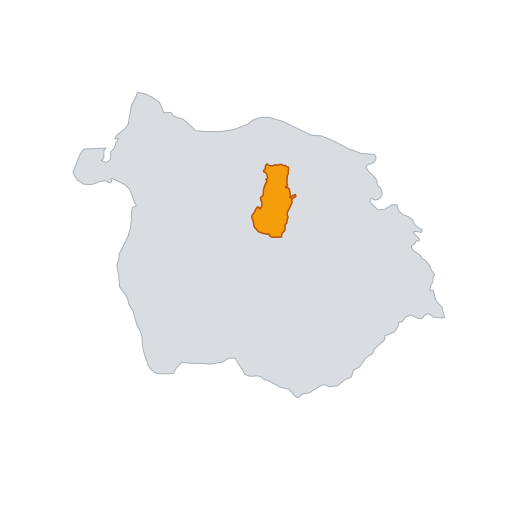 location of Arges within Romania, rotated 194°
{"feature_id": "ROU-302", "entity_name": "Arges", "entity_type": "County", "adm_level": 1, "iso_a3": "ROU", "parent_name": "Romania", "parent_adm1": "", "projection": "orthographic", "projection_center": [24.918, 44.995], "detail": "fine", "context": "in_parent", "style": "filled", "palette": "amber", "viewbox_px": 512, "rotation_deg": 194, "n_neighbors": 0, "source": "natural_earth", "source_scale": "10m", "svg_char_len": 5893}
<svg xmlns="http://www.w3.org/2000/svg" viewBox="0 0 512 512"><g transform="rotate(194 256 256)"><path d="M390.5,284.5L395.2,290.5L401.0,293.6L414.1,296.5L415.3,296.0L415.4,295.3L414.4,294.5L414.2,293.3L414.8,291.9L416.6,291.7L419.6,292.8L425.1,290.7L433.1,285.4L440.6,284.0L447.6,286.5L451.4,289.7L453.8,292.8L453.3,296.8L453.0,299.3L451.8,309.7L450.8,313.6L449.0,318.1L427.7,324.4L429.0,321.8L428.2,317.5L427.2,314.3L429.0,311.3L424.1,310.4L422.1,312.2L420.6,315.1L422.4,321.5L420.2,325.2L419.4,327.3L419.5,332.0L418.2,334.1L418.0,336.4L421.4,335.6L420.1,339.8L413.9,348.0L411.9,352.8L413.3,371.5L410.9,382.8L410.8,386.1L403.8,386.5L401.7,386.3L395.0,384.9L387.5,382.2L382.9,376.7L380.0,372.6L373.7,374.7L372.5,374.3L370.7,372.3L366.0,371.2L360.1,371.3L346.8,364.2L345.3,362.9L335.1,364.5L319.8,368.5L308.1,373.3L296.0,381.7L291.1,388.0L285.4,391.3L277.3,393.8L262.6,393.0L247.4,389.9L231.1,386.5L222.3,388.3L210.3,386.7L192.4,382.5L179.1,381.0L165.8,383.1L163.6,381.2L163.2,379.1L163.8,376.2L165.7,373.9L168.9,372.2L170.7,370.4L170.9,368.6L167.4,365.6L160.2,361.3L157.2,358.7L156.5,358.0L156.4,355.7L154.9,353.9L152.1,352.5L150.0,350.1L148.5,346.6L149.0,343.4L151.3,340.4L154.1,339.1L157.6,339.7L159.0,338.8L158.5,336.7L155.2,333.9L149.2,330.4L142.9,332.0L136.3,338.7L131.6,339.7L129.0,334.9L124.1,331.9L116.9,330.8L112.5,328.8L111.0,326.1L107.9,323.9L101.1,321.4L101.1,319.3L102.3,318.8L104.7,318.7L108.0,318.4L108.6,317.3L108.7,316.2L106.2,314.7L103.6,313.6L102.2,312.6L101.4,311.6L101.3,310.5L102.1,309.8L103.1,309.8L104.2,309.2L104.9,306.7L106.4,304.6L107.4,303.9L107.4,302.4L106.5,300.9L105.1,299.6L103.0,298.8L96.6,296.3L93.4,293.2L91.4,293.0L88.3,291.1L85.0,288.3L82.2,284.5L79.1,281.9L78.3,280.9L78.3,279.9L78.9,278.9L79.0,277.8L78.3,274.1L79.1,270.2L79.1,266.6L79.2,265.0L78.6,264.5L78.0,265.0L77.1,265.6L76.4,265.7L74.2,263.0L71.5,257.4L69.5,255.5L65.7,252.8L62.6,250.6L60.5,245.9L58.2,242.3L59.9,241.0L69.4,239.5L73.7,241.7L75.7,241.1L77.7,239.5L78.8,238.3L79.1,236.9L80.1,235.3L83.3,234.6L91.6,236.1L95.1,233.8L96.4,232.6L97.3,229.7L98.3,227.4L101.4,226.3L101.4,224.2L101.1,221.9L103.1,216.8L104.2,214.7L105.9,214.0L108.1,212.5L111.7,209.3L111.0,206.3L111.8,204.2L115.7,199.0L118.8,194.0L118.8,191.5L119.3,189.3L121.9,186.9L124.6,183.8L128.4,174.0L129.7,172.4L132.0,170.5L133.7,168.7L134.1,162.2L135.8,160.4L138.8,158.3L141.9,155.0L144.4,151.1L146.3,149.3L148.8,148.8L151.5,147.4L154.5,146.9L157.4,147.7L159.2,147.4L162.0,145.5L169.2,138.3L170.3,136.8L171.8,135.8L177.5,133.5L179.0,130.9L181.0,128.7L183.5,128.9L191.7,134.7L200.5,134.5L202.1,134.8L202.6,134.9L203.7,135.4L215.4,138.3L217.2,138.0L217.7,137.8L222.4,140.2L226.6,139.9L230.6,138.3L234.8,137.8L238.6,138.8L241.4,142.1L248.9,149.0L251.2,151.6L254.6,151.2L258.4,149.9L262.3,145.3L274.1,140.0L283.1,138.6L291.9,136.4L302.1,134.8L304.9,130.4L306.5,127.5L307.6,122.0L313.0,120.4L318.2,119.2L320.0,118.5L323.8,118.2L326.7,118.5L331.3,121.1L334.6,124.4L335.9,127.0L338.7,130.7L341.8,135.9L345.1,142.8L345.9,146.4L347.2,150.2L349.8,154.8L354.5,159.8L355.1,160.8L357.3,164.4L361.6,172.3L365.0,175.5L368.1,178.9L369.6,182.4L371.8,185.5L376.9,189.6L381.0,193.3L384.6,204.4L387.1,209.4L388.7,213.3L388.3,221.2L389.4,224.6L387.8,230.9L385.0,243.5L384.6,253.5L385.4,258.8L385.6,262.2L386.5,264.4L387.5,268.9L387.8,272.8L386.7,274.0L385.0,275.0L384.4,275.9L386.0,277.6L388.3,280.8L390.5,284.5Z" fill="#d9dde1" stroke="#a8b0b8" stroke-width="1"/><path d="M268.6,291.0L269.3,292.2L269.5,292.7L269.7,293.3L269.7,294.0L269.5,295.0L269.2,295.7L268.6,296.8L268.3,297.4L268.0,298.2L267.8,299.2L267.8,300.6L267.4,301.8L267.1,302.8L266.7,303.4L266.3,303.8L266.0,304.1L265.6,304.2L265.2,304.1L264.9,303.8L264.4,303.0L264.1,302.7L263.9,302.7L263.6,302.8L263.4,303.1L263.0,304.2L262.8,304.6L262.6,305.4L262.5,306.5L263.0,308.9L263.6,309.9L264.9,311.4L265.4,312.6L265.6,313.3L265.6,313.9L265.4,314.4L264.2,315.8L264.0,316.4L263.9,317.3L264.0,318.5L264.7,321.8L264.8,322.7L264.5,327.6L264.4,328.3L264.2,328.8L263.5,330.0L263.4,330.6L263.5,331.3L264.1,332.0L264.6,332.4L265.0,332.9L264.8,333.1L263.9,333.7L263.7,334.2L263.8,335.0L264.9,337.1L265.3,337.7L266.5,338.9L266.9,339.1L267.3,339.3L268.3,339.4L268.7,339.6L269.0,339.9L269.2,340.3L269.2,340.8L268.4,342.3L268.2,342.9L268.2,343.7L268.4,344.2L268.5,344.8L268.6,345.2L268.5,346.3L267.6,348.0L266.2,347.3L265.5,347.1L264.8,347.0L263.8,347.0L261.9,347.4L261.0,347.9L260.0,348.9L259.4,349.1L258.4,349.4L257.0,349.2L256.6,349.3L256.2,349.6L255.6,350.3L255.3,350.6L254.9,350.8L254.2,351.0L253.5,351.0L251.2,350.4L249.3,350.9L248.4,350.2L246.3,350.1L245.9,349.8L245.6,349.3L245.4,348.4L245.2,345.7L244.7,343.7L244.7,343.2L244.8,342.7L245.0,341.9L245.0,341.5L244.6,338.8L244.3,337.8L244.2,337.3L244.2,336.6L243.9,335.2L243.6,334.3L242.6,332.5L242.5,332.0L242.6,331.6L242.8,331.3L243.2,331.1L243.9,330.7L244.2,330.6L244.2,330.4L244.0,330.0L243.7,329.8L242.9,329.7L242.3,329.9L241.6,329.9L240.9,329.7L240.1,328.8L239.6,328.2L237.7,324.2L237.4,323.4L237.3,322.7L237.4,322.1L237.4,321.6L237.4,321.1L237.1,320.8L236.7,320.7L236.4,321.0L235.9,321.6L235.5,322.7L235.3,323.1L235.0,323.4L233.3,324.9L232.9,325.1L232.5,324.9L232.3,324.7L231.8,323.2L232.9,322.4L234.5,320.5L234.8,319.9L234.9,319.4L234.9,318.9L234.6,318.2L234.3,317.7L234.0,317.2L234.0,316.7L234.3,315.4L234.8,311.8L236.1,306.1L236.0,304.7L235.8,303.8L235.4,303.1L235.2,302.7L234.5,302.0L234.3,301.4L234.3,300.6L234.4,299.4L234.6,297.9L234.2,296.4L234.1,295.8L234.2,295.2L234.5,294.8L234.8,294.4L235.1,293.9L235.3,293.4L235.2,292.6L234.3,288.9L234.3,288.2L234.4,287.5L235.7,285.2L236.3,282.6L235.8,280.6L243.4,278.4L246.0,278.2L246.7,278.4L247.2,278.7L247.9,279.4L248.2,280.0L248.5,280.4L248.8,280.6L249.4,280.4L250.1,279.9L250.6,279.8L251.1,279.7L252.3,279.8L254.9,279.6L259.6,280.2L260.6,280.8L262.2,282.2L262.9,282.6L263.6,282.9L264.3,283.4L264.9,284.1L267.2,289.3L268.6,291.0Z" fill="#f59e0b" stroke="#b45309" stroke-width="1.5"/></g></svg>